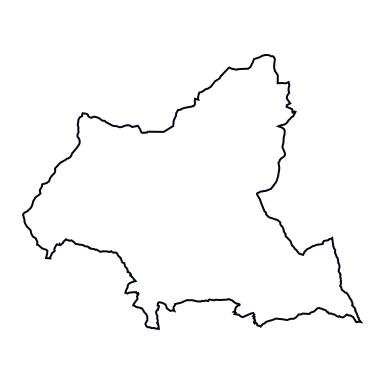 outline of Bicazu Ardelean, Harghita, Romania
{"feature_id": "2599482B37807785334683", "entity_name": "Bicazu Ardelean", "entity_type": "district", "adm_level": 2, "iso_a3": "ROU", "parent_name": "Romania", "parent_adm1": "Harghita", "projection": "mercator", "projection_center": [25.893, 46.894], "detail": "fine", "context": "isolated", "style": "outline", "palette": "ink", "viewbox_px": 384, "rotation_deg": 0, "n_neighbors": 0, "source": "geoboundaries", "source_scale": "gbopen_adm2", "svg_char_len": 5980}
<svg xmlns="http://www.w3.org/2000/svg" viewBox="0 0 384 384"><path d="M361.0,322.1L359.4,320.2L358.8,319.0L358.8,318.1L357.9,317.2L357.3,314.7L355.7,311.6L355.5,310.6L355.2,310.5L355.3,309.6L354.7,308.0L352.1,305.3L352.6,304.5L352.4,303.2L351.2,299.8L350.4,299.1L348.3,295.2L346.8,293.1L344.9,292.3L341.8,289.7L341.2,287.1L340.2,286.0L341.0,283.5L340.7,281.8L341.1,280.9L340.7,279.8L340.7,278.2L340.2,277.0L340.5,275.4L340.1,274.7L340.4,273.9L339.1,272.3L338.6,270.7L339.5,267.3L339.3,265.0L338.8,263.5L338.3,263.1L338.1,260.5L337.5,257.7L336.6,257.0L336.3,255.6L335.0,252.9L335.2,250.0L334.2,248.7L333.3,246.2L332.2,238.0L331.0,238.8L329.4,239.0L328.4,240.1L323.8,241.0L322.9,242.5L322.8,243.6L322.3,244.1L316.2,244.9L314.5,245.8L312.8,246.1L309.8,248.0L307.1,249.2L304.8,251.5L303.0,254.9L298.8,253.4L296.5,250.1L295.0,249.0L293.5,246.8L292.0,245.4L290.5,241.1L286.0,236.5L285.5,235.5L285.7,234.3L284.3,232.5L284.4,232.2L283.6,230.9L283.7,229.6L282.3,226.6L281.5,226.1L280.3,224.2L280.3,222.9L279.7,221.8L277.6,220.1L268.9,217.2L266.1,214.5L266.1,212.8L264.5,211.3L260.4,201.1L260.2,199.8L257.2,194.8L257.0,193.5L260.6,191.6L266.0,190.8L271.1,188.8L276.3,181.8L278.0,176.8L279.1,170.0L279.3,167.5L278.5,162.8L279.4,161.6L279.7,160.2L281.0,158.6L284.3,156.3L285.0,154.4L284.9,152.9L282.5,147.5L282.6,145.8L283.4,143.1L283.7,137.6L284.6,134.1L284.7,130.5L284.1,129.2L282.3,127.7L278.4,126.3L280.8,125.3L284.8,124.4L287.0,122.7L288.7,120.1L289.9,119.2L291.3,117.3L293.1,116.4L295.5,111.9L294.4,111.5L293.5,112.5L292.6,112.6L292.3,112.0L292.4,109.9L292.0,109.1L286.6,106.8L286.8,105.2L290.2,103.4L286.9,98.7L286.8,97.8L287.2,95.8L289.2,92.5L288.6,91.1L288.6,88.3L289.3,85.2L288.7,82.5L288.6,82.1L285.6,83.4L282.7,83.0L277.7,83.2L277.8,75.6L277.1,74.0L275.0,71.2L274.1,67.5L274.3,63.9L274.9,58.8L273.7,56.9L272.7,56.2L271.2,56.3L268.8,55.1L265.2,55.0L262.5,55.7L259.0,57.5L254.2,59.0L253.8,59.3L253.2,61.5L250.4,67.1L248.0,68.7L238.6,69.1L236.6,69.7L231.4,68.6L229.6,67.6L228.8,67.8L220.6,76.4L219.6,78.4L214.9,81.4L211.0,86.6L208.0,88.6L205.7,89.2L201.9,91.9L199.5,92.5L198.9,93.7L198.2,96.4L198.0,98.2L198.4,99.7L195.0,98.8L194.8,101.8L195.0,103.7L194.3,105.5L192.0,106.5L184.6,107.9L181.3,109.0L180.6,109.8L178.1,109.9L176.2,113.2L176.1,115.4L173.7,120.7L173.2,126.0L163.7,131.9L148.0,131.7L146.9,132.6L142.3,132.8L141.2,132.1L140.1,129.3L137.9,125.8L132.2,127.0L129.4,125.3L126.4,125.3L121.3,127.1L119.4,127.2L116.7,126.2L112.9,125.8L105.8,122.0L104.7,120.8L102.4,120.7L99.7,118.6L97.5,117.5L95.0,116.8L94.0,116.7L91.5,117.7L89.7,117.3L88.4,116.4L87.9,114.7L87.2,114.2L85.8,113.6L82.6,113.3L81.9,116.4L79.8,117.3L78.4,119.9L78.0,123.8L77.7,124.7L78.5,127.8L78.2,130.0L78.6,132.0L77.5,134.9L77.4,136.2L78.1,137.6L79.0,138.5L79.6,140.5L79.7,142.6L79.1,144.5L76.9,147.7L72.1,153.4L71.4,155.3L70.2,157.2L67.8,158.6L66.8,158.7L65.9,159.6L60.3,162.8L55.0,168.5L55.2,171.5L54.5,173.0L51.3,176.4L50.0,178.4L49.1,181.2L46.8,183.0L42.3,184.3L41.5,187.6L40.1,189.5L39.8,190.4L40.4,193.6L38.5,195.3L35.6,197.2L33.1,201.5L32.4,204.6L31.1,207.6L27.4,211.2L24.3,212.8L23.0,214.6L24.5,219.9L24.6,222.2L24.9,223.1L27.0,226.7L30.6,230.3L31.3,233.7L32.9,236.6L35.7,238.3L37.4,242.0L37.1,244.7L38.4,245.1L42.0,248.3L46.3,249.8L47.4,250.7L47.1,253.9L46.0,258.1L50.4,258.4L50.1,257.1L51.1,255.6L51.9,253.3L54.7,251.0L54.3,249.1L55.8,245.7L57.0,244.3L59.1,244.9L59.5,244.3L59.7,245.0L60.5,245.1L63.2,242.7L63.4,241.8L66.0,239.3L66.3,239.7L69.4,240.7L71.5,240.4L74.2,242.3L75.5,243.9L83.5,245.2L84.6,246.2L87.4,246.5L89.8,247.8L89.6,248.2L91.1,248.8L94.2,249.0L95.2,249.8L96.5,249.6L100.3,251.8L103.1,251.3L107.0,251.4L109.5,252.0L111.3,251.2L112.2,252.2L113.4,252.6L115.5,252.5L116.8,253.1L118.6,256.3L119.3,256.6L120.8,258.2L120.6,258.7L121.8,260.7L121.9,261.9L122.6,262.6L124.2,263.0L125.1,266.4L127.4,269.2L127.7,271.9L128.3,271.7L128.8,272.4L129.5,272.7L130.5,273.7L130.9,274.5L130.2,275.3L130.3,275.7L131.0,275.7L135.6,281.1L133.1,281.7L129.7,283.2L128.6,284.1L127.8,285.4L127.5,287.6L125.9,290.6L125.4,292.8L126.2,292.9L127.1,293.6L129.3,292.6L136.1,292.1L136.6,293.4L136.9,293.6L138.2,293.1L138.4,294.4L137.0,296.4L137.5,298.9L133.8,303.9L133.2,305.4L134.2,305.5L136.2,307.0L140.1,307.8L141.1,308.4L141.6,308.2L142.5,309.1L144.6,312.7L146.0,313.8L147.2,316.1L147.4,320.1L145.8,322.8L145.4,324.1L146.2,325.9L147.7,327.3L149.9,327.2L151.4,328.1L154.2,328.0L156.5,328.8L157.4,328.5L158.8,329.0L158.9,328.5L158.6,327.7L158.6,326.0L157.7,324.0L158.1,324.2L157.7,321.7L157.7,319.8L157.1,318.2L157.4,317.2L157.2,315.5L156.5,314.1L156.0,312.0L157.1,310.1L157.9,309.9L158.0,308.9L158.9,306.9L158.9,305.9L157.6,305.4L158.0,303.1L158.6,302.4L160.0,302.3L162.6,303.0L165.3,304.4L166.3,306.2L166.7,308.2L170.3,310.9L173.2,310.4L174.4,310.9L173.5,308.5L173.5,307.5L173.8,306.6L174.9,305.3L175.0,304.1L181.0,302.7L187.2,300.0L188.3,300.3L192.0,300.1L197.3,301.4L200.9,301.5L202.0,300.9L204.2,301.1L205.5,300.5L208.1,301.1L208.8,299.8L209.3,299.5L213.9,300.3L215.8,299.8L220.0,300.0L227.3,299.6L228.4,299.1L229.0,299.2L232.5,300.6L234.0,302.1L236.3,303.5L238.8,304.0L239.6,304.5L239.5,305.0L237.4,306.0L235.6,307.8L235.1,310.8L233.6,311.9L235.6,312.7L234.6,314.1L238.9,314.8L241.0,316.6L242.9,317.1L250.5,313.7L253.2,313.0L254.3,314.7L253.1,316.3L254.6,316.7L254.3,318.0L253.7,318.4L254.8,319.5L255.1,320.8L254.4,321.1L253.9,322.4L254.7,323.5L255.7,322.7L256.6,323.5L257.1,324.0L257.4,325.5L259.9,326.0L260.7,326.6L262.6,324.3L264.7,323.3L266.2,321.8L273.6,319.6L275.8,318.6L283.0,319.3L286.9,320.1L290.3,318.9L293.9,318.7L296.5,317.1L296.8,316.4L298.0,315.4L298.6,314.4L301.0,314.5L302.5,313.6L303.2,313.6L309.5,314.0L310.3,312.8L314.2,311.4L317.0,308.7L318.7,307.9L322.4,309.0L323.2,309.6L324.1,309.6L326.1,310.6L326.9,311.8L327.9,312.1L328.5,313.3L330.5,313.7L331.0,313.4L332.9,314.3L334.2,314.3L336.8,316.1L338.3,316.8L339.4,316.1L340.5,317.0L343.0,317.4L345.6,315.7L346.7,314.5L348.5,315.4L350.6,315.5L353.2,317.2L356.3,322.2L358.7,321.7L361.0,322.1Z" fill="none" stroke="#020617" stroke-width="2"/></svg>